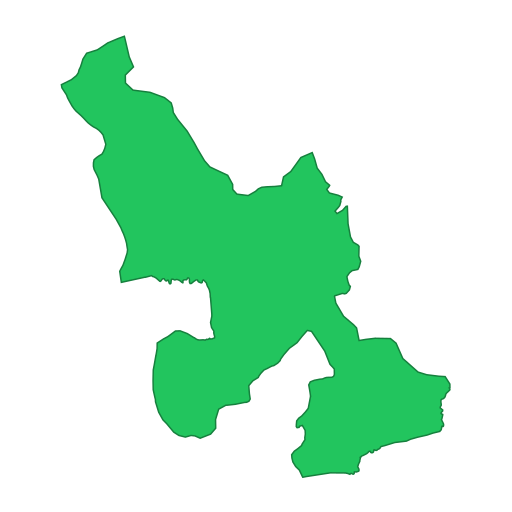 Shar'ab As Salam, Ta`izz, Yemen, rotated 179°
{"feature_id": "15242507B43426345122943", "entity_name": "Shar'ab As Salam", "entity_type": "district", "adm_level": 2, "iso_a3": "YEM", "parent_name": "Yemen", "parent_adm1": "Ta`izz", "projection": "orthographic", "projection_center": [43.887, 13.783], "detail": "fine", "context": "isolated", "style": "filled", "palette": "green", "viewbox_px": 512, "rotation_deg": 179, "n_neighbors": 0, "source": "geoboundaries", "source_scale": "gbopen_adm2", "svg_char_len": 5993}
<svg xmlns="http://www.w3.org/2000/svg" viewBox="0 0 512 512"><g transform="rotate(179 256 256)"><path d="M64.4,120.9L64.4,124.6L69.0,132.1L75.3,132.6L87.4,134.3L96.0,137.1L111.0,150.9L117.5,166.4L123.0,171.1L137.5,171.6L137.8,171.7L147.7,170.7L154.4,169.7L156.7,182.3L159.5,185.4L169.5,194.2L171.7,198.1L177.0,207.5L178.2,214.3L178.0,214.8L170.3,217.1L168.0,216.6L166.4,217.1L163.2,220.5L162.2,224.0L163.4,225.3L164.6,229.0L165.5,233.8L162.8,237.6L160.1,239.7L154.4,240.8L153.0,243.4L151.4,248.9L153.2,254.0L152.8,263.9L153.9,265.2L158.5,268.0L161.2,273.4L163.4,286.6L163.8,304.2L165.0,304.1L168.7,300.1L174.3,297.0L176.2,299.5L173.0,303.0L171.4,305.0L170.2,309.0L170.3,310.6L168.8,313.4L172.8,315.3L181.5,317.7L184.1,321.3L181.7,324.3L181.1,325.4L185.2,329.0L188.7,336.5L193.3,342.8L195.7,352.0L198.0,358.4L209.4,353.7L219.4,340.3L219.8,339.8L227.1,334.6L229.2,325.8L235.9,325.2L244.0,325.0L249.1,324.6L252.5,323.1L255.4,320.6L262.7,316.6L265.0,316.9L274.0,318.2L275.4,319.8L278.1,322.9L278.1,328.0L282.9,337.2L295.2,343.2L300.6,345.9L305.8,352.1L312.7,364.2L315.8,370.2L322.7,382.1L332.1,394.1L336.2,400.9L336.7,405.4L338.1,410.5L344.7,415.9L359.1,421.5L376.1,424.0L383.5,431.2L383.5,439.2L375.2,447.2L379.3,457.3L383.0,474.5L383.8,478.0L389.9,475.9L400.4,471.7L408.9,466.2L410.5,465.2L411.6,464.7L421.8,461.7L425.6,455.9L426.9,451.8L428.2,448.1L429.6,445.4L430.5,442.2L432.4,439.5L435.2,437.3L437.5,435.5L447.6,430.7L447.1,427.5L442.7,420.5L441.6,417.4L440.2,414.6L437.3,409.2L435.3,406.3L433.4,404.0L428.6,399.6L426.1,397.0L423.6,394.2L421.5,392.0L418.6,389.6L416.2,387.9L413.4,386.4L410.9,384.5L408.6,382.1L406.8,379.7L404.2,370.3L405.3,366.3L406.7,363.0L408.3,360.5L411.2,358.9L413.7,357.2L416.2,355.1L416.9,352.0L417.0,348.5L416.3,345.3L413.5,339.6L411.9,335.7L409.0,316.9L395.2,295.3L390.6,286.6L389.4,283.5L388.1,280.6L386.9,277.2L386.0,274.2L385.2,271.0L384.8,267.8L384.3,264.5L384.8,261.2L385.9,258.0L386.9,254.9L389.2,249.0L390.9,246.1L392.5,243.1L391.7,236.6L391.1,232.0L367.7,236.7L366.9,236.7L360.8,238.2L359.7,237.3L358.2,236.9L356.1,235.6L352.6,232.4L352.1,232.3L351.3,232.9L350.7,233.9L349.9,234.7L349.3,234.9L348.5,234.9L348.1,234.7L347.8,234.0L347.3,233.4L346.5,232.7L346.1,232.6L345.5,232.8L345.2,233.3L344.8,233.4L344.3,233.4L344.0,232.9L343.3,230.5L342.9,229.8L342.5,229.7L342.0,229.7L341.5,230.3L341.3,232.4L341.1,233.3L340.9,234.0L340.4,234.3L339.3,234.2L338.6,233.9L338.2,233.6L337.7,233.5L337.3,233.5L336.4,233.8L335.6,233.9L334.7,233.7L333.7,233.3L332.6,232.7L331.2,231.5L330.8,231.1L330.2,230.8L329.9,230.5L329.5,230.6L329.5,232.7L328.8,233.2L327.6,233.5L327.0,233.5L326.5,233.4L326.0,233.4L325.7,233.6L325.3,234.1L325.1,234.7L324.7,235.2L324.4,235.3L324.0,235.3L323.3,234.9L323.0,233.9L323.0,232.3L323.0,231.5L322.9,230.7L322.7,230.2L322.3,229.6L321.8,229.6L321.1,229.7L320.3,230.3L318.7,231.6L316.7,232.9L316.1,233.1L315.5,233.1L315.0,233.0L314.7,232.7L314.6,232.1L314.0,231.2L313.2,230.8L311.5,230.1L310.9,230.1L310.4,230.4L310.1,231.1L310.0,232.0L309.5,232.7L309.0,233.0L307.6,231.7L307.0,230.9L306.2,230.2L305.2,226.9L303.9,224.5L303.2,222.8L302.5,219.2L302.4,215.5L302.2,215.2L301.2,198.8L301.2,196.6L302.6,190.3L301.7,185.3L300.7,183.6L299.5,181.7L299.4,181.1L299.6,180.1L299.4,178.8L298.7,176.0L298.9,174.8L299.4,174.6L300.2,174.5L300.9,174.0L302.6,173.8L303.2,173.8L303.5,174.3L303.9,174.5L304.4,174.1L304.7,173.7L304.9,173.6L305.4,173.6L305.6,173.4L306.1,173.4L306.8,173.6L308.4,172.7L309.1,173.0L310.1,173.1L311.3,173.1L312.5,173.0L314.4,173.0L316.1,173.4L317.9,174.4L318.9,175.3L319.3,175.3L326.0,179.6L333.2,182.5L337.9,182.4L343.3,178.5L345.6,176.9L349.9,174.7L356.3,170.7L356.5,165.1L357.7,158.5L357.8,158.5L359.6,149.1L360.7,143.9L361.1,133.3L361.1,124.1L359.6,116.6L359.1,114.5L359.0,111.9L356.0,101.5L351.9,93.8L348.2,89.9L341.3,81.3L336.2,77.9L329.8,76.2L324.1,77.7L320.2,77.2L315.0,74.8L304.5,78.7L299.3,84.5L299.3,93.2L296.0,103.5L288.6,107.4L287.8,107.3L279.3,108.1L270.0,109.8L267.9,109.9L265.6,110.9L264.3,113.1L265.0,118.4L265.5,126.5L261.3,131.3L255.9,134.5L255.1,136.1L253.3,138.5L250.0,141.9L246.6,143.4L244.3,144.6L242.0,145.7L240.1,146.1L236.2,148.5L233.7,151.0L233.1,152.6L229.8,157.0L224.2,163.2L216.5,168.6L211.5,174.7L206.0,180.7L201.8,179.7L188.9,159.7L183.9,146.4L180.6,142.8L180.5,142.5L179.9,142.1L179.7,141.1L179.7,137.9L179.7,136.5L180.0,135.3L180.6,134.3L181.9,133.5L182.8,133.4L185.5,133.4L187.7,133.3L189.5,132.8L191.6,131.9L194.4,131.7L199.9,130.7L203.9,129.2L205.5,126.2L204.4,119.0L203.9,115.0L204.0,115.0L204.0,114.3L206.4,102.8L209.3,99.2L213.1,95.2L216.1,93.1L218.2,90.4L218.6,86.8L218.7,84.7L217.9,83.6L215.9,83.9L215.5,85.0L212.6,85.8L209.9,80.8L209.8,77.1L210.4,73.3L210.2,71.6L213.2,67.1L213.7,65.7L217.6,62.6L221.1,60.2L223.8,56.7L223.6,53.4L222.7,49.4L220.0,44.8L216.4,41.2L213.6,35.0L213.1,34.0L209.6,34.6L185.4,37.9L170.0,37.5L169.7,37.3L168.5,37.1L165.9,36.1L165.3,36.8L164.7,37.0L164.0,36.8L163.2,36.3L162.2,36.2L161.6,37.0L161.6,37.7L161.4,38.4L160.4,38.4L159.4,38.3L157.5,38.9L156.8,39.4L156.8,40.1L156.8,41.1L158.0,43.5L157.2,46.0L155.8,48.9L155.7,50.3L155.4,51.1L155.2,51.9L155.4,52.8L155.0,53.2L154.4,53.3L154.1,53.9L153.5,54.3L152.4,54.7L148.9,56.4L147.6,57.4L146.5,58.6L145.9,58.8L145.4,58.8L145.0,58.4L144.9,57.9L144.4,57.4L143.5,57.2L142.7,57.4L142.3,57.7L141.9,58.2L141.6,59.7L141.3,60.2L140.7,60.1L140.3,59.7L139.3,59.5L138.6,59.6L137.5,60.6L136.7,60.8L135.6,61.4L135.0,62.4L134.3,63.3L130.5,64.2L120.5,67.1L108.8,68.3L104.7,70.1L97.6,72.0L88.0,74.0L82.0,75.9L75.2,77.4L75.0,78.0L74.3,78.5L73.9,79.0L73.7,79.6L73.2,82.3L73.0,82.6L72.6,82.6L72.5,82.3L72.2,82.2L71.9,82.3L71.6,82.6L71.4,83.4L71.4,84.6L71.7,85.4L72.1,86.3L73.4,89.1L73.0,90.0L72.0,94.1L72.2,94.5L73.1,94.7L73.7,95.2L73.6,95.9L73.0,96.9L72.1,97.7L72.0,98.8L74.5,100.9L74.4,101.8L73.4,103.6L73.4,104.5L73.7,106.9L73.6,108.4L73.3,109.2L72.6,109.7L71.8,109.8L70.9,110.3L69.8,111.3L69.0,113.0L68.8,114.2L68.0,115.5L66.0,117.3L64.5,118.8L64.5,119.4L65.1,120.7L64.4,120.9Z" fill="#22c55e" stroke="#15803d" stroke-width="1.5"/></g></svg>